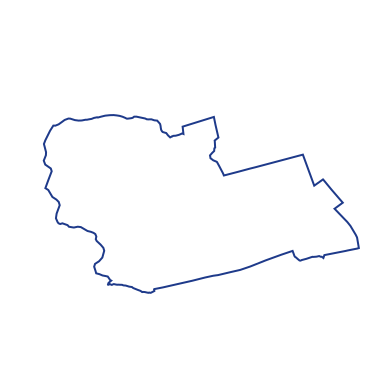 outline of Ghioroc, Arad, Romania, rotated 158°
{"feature_id": "2599482B24745533124468", "entity_name": "Ghioroc", "entity_type": "district", "adm_level": 2, "iso_a3": "ROU", "parent_name": "Romania", "parent_adm1": "Arad", "projection": "equal_earth", "projection_center": [21.586, 46.163], "detail": "fine", "context": "isolated", "style": "outline", "palette": "blue", "viewbox_px": 384, "rotation_deg": 158, "n_neighbors": 0, "source": "geoboundaries", "source_scale": "gbopen_adm2", "svg_char_len": 2975}
<svg xmlns="http://www.w3.org/2000/svg" viewBox="0 0 384 384"><g transform="rotate(158 192 192)"><path d="M94.9,81.6L93.6,83.1L92.9,83.9L71.6,79.8L69.7,79.5L60.2,77.7L58.3,77.5L56.0,88.0L56.1,89.4L56.2,90.9L57.8,101.2L59.2,105.9L66.1,123.1L56.2,125.6L58.2,131.4L61.7,141.7L65.7,154.4L65.8,154.6L76.3,152.1L75.9,164.0L75.8,167.4L75.2,185.1L124.0,191.2L129.7,192.0L141.2,193.4L155.8,195.3L156.0,195.3L156.3,195.4L156.2,196.2L156.3,198.2L156.5,200.1L157.0,205.3L157.6,210.4L158.0,211.0L160.5,213.5L161.4,215.1L162.2,216.3L161.6,219.2L158.6,220.7L156.1,221.7L154.9,224.1L154.3,224.4L153.9,224.5L151.9,230.4L151.7,231.2L147.1,232.6L145.1,245.3L143.6,253.4L176.2,256.1L178.2,249.0L179.3,250.0L180.9,249.9L182.8,249.9L186.0,250.3L188.4,251.1L189.7,250.9L190.0,251.1L190.7,250.9L191.8,250.8L193.0,253.4L193.8,256.3L196.7,258.6L197.1,259.6L197.3,261.3L196.8,263.6L196.4,265.0L196.1,267.0L196.6,268.6L197.3,270.5L197.5,271.2L200.1,272.6L202.3,274.5L203.5,275.0L205.3,275.7L206.6,276.3L207.9,277.7L215.2,282.6L217.4,283.5L217.9,283.4L219.2,283.0L219.9,283.1L220.7,283.2L224.2,284.1L225.2,284.6L226.1,285.7L228.2,287.8L230.6,289.7L233.1,291.2L235.9,292.7L239.4,294.0L243.9,295.3L248.0,295.9L251.4,296.3L251.9,296.8L255.1,297.4L257.7,297.4L260.4,298.0L262.1,298.3L263.7,298.9L267.4,299.6L270.4,300.7L273.6,302.5L277.5,305.7L279.1,306.4L283.1,306.5L285.4,305.9L290.3,304.7L293.8,304.7L295.7,305.5L300.6,302.0L308.6,294.9L311.3,292.0L312.4,283.6L313.7,280.8L317.7,276.6L317.8,272.4L314.1,266.7L314.3,263.8L320.7,256.9L326.5,250.5L324.5,247.7L323.3,239.7L320.6,235.8L319.3,232.7L319.6,229.3L325.6,222.7L328.0,218.6L327.9,214.6L327.5,213.0L326.2,211.7L323.9,211.5L319.8,207.9L319.1,205.9L316.2,204.1L314.8,203.3L310.9,202.6L308.2,201.1L306.2,198.5L303.5,195.0L300.6,192.9L298.6,191.0L297.4,189.2L297.4,186.5L298.9,184.3L298.7,182.2L296.4,177.3L295.1,173.4L295.4,170.4L299.7,164.8L304.1,162.6L308.8,161.7L310.7,159.4L311.0,155.2L311.3,152.5L308.6,150.5L306.2,148.1L304.0,146.7L301.8,145.2L301.2,142.7L300.9,141.1L300.1,140.1L301.9,139.5L303.4,139.0L303.9,138.5L304.3,138.0L304.6,137.6L304.5,137.4L303.6,137.3L302.6,137.3L301.8,136.5L301.3,136.0L300.7,135.9L299.4,136.0L299.0,135.9L298.5,135.6L297.8,135.1L297.2,134.7L296.2,134.1L295.1,133.7L294.0,133.2L292.9,132.7L291.7,132.2L291.0,131.5L290.4,131.0L289.3,130.5L288.4,130.0L285.7,127.8L284.5,127.1L283.3,126.4L282.5,125.0L279.1,121.7L276.9,119.7L276.1,118.6L275.9,118.1L275.2,117.7L274.8,117.7L274.6,117.6L273.2,116.9L270.9,115.3L269.8,114.7L269.4,114.8L268.1,114.0L267.7,114.0L264.0,114.3L263.6,116.0L263.3,116.1L254.5,114.4L245.8,113.0L224.9,109.6L211.8,107.8L203.7,106.4L200.9,105.7L199.0,105.2L185.8,103.2L176.5,101.7L165.9,101.1L149.2,101.0L132.6,100.4L120.8,99.7L120.9,96.4L121.0,94.3L120.7,93.1L120.1,92.4L119.3,90.7L118.0,88.3L117.5,87.9L117.0,87.7L115.8,87.8L113.4,87.5L111.0,87.2L104.6,86.8L104.2,86.5L100.8,85.4L98.3,85.0L98.0,84.9L97.0,83.8L96.4,83.6L95.9,83.3L94.9,81.6Z" fill="none" stroke="#1e3a8a" stroke-width="2"/></g></svg>